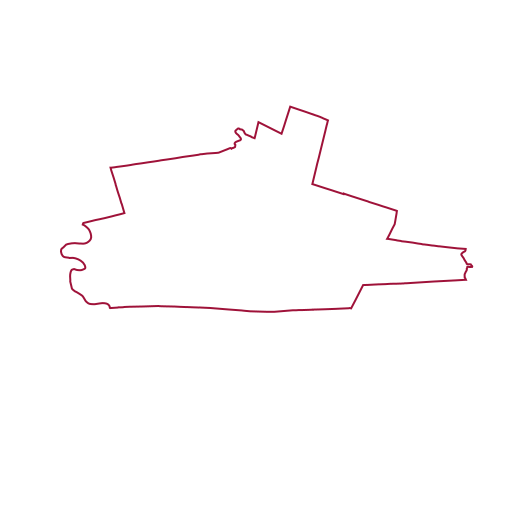 the district of Ciorani, Prahova, Romania, rotated 45°
{"feature_id": "2599482B52551165147319", "entity_name": "Ciorani", "entity_type": "district", "adm_level": 2, "iso_a3": "ROU", "parent_name": "Romania", "parent_adm1": "Prahova", "projection": "natural_earth1", "projection_center": [26.426, 44.821], "detail": "fine", "context": "isolated", "style": "outline", "palette": "rose", "viewbox_px": 512, "rotation_deg": 45, "n_neighbors": 0, "source": "geoboundaries", "source_scale": "gbopen_adm2", "svg_char_len": 6026}
<svg xmlns="http://www.w3.org/2000/svg" viewBox="0 0 512 512"><g transform="rotate(45 256 256)"><path d="M189.6,396.0L190.0,395.6L194.8,390.1L194.9,389.7L196.3,388.3L198.1,386.4L199.0,385.1L202.1,381.7L211.8,371.6L222.6,360.1L223.5,359.5L227.2,356.0L230.0,353.3L234.4,349.1L238.3,345.6L242.4,341.8L243.3,340.9L248.1,336.5L251.3,333.5L251.9,333.0L252.3,332.5L254.4,330.6L260.2,325.3L273.5,314.0L284.3,304.7L286.7,302.8L291.0,299.2L303.0,287.9L308.5,282.4L320.7,268.0L321.8,266.9L323.0,265.7L324.2,264.3L326.1,262.4L330.6,257.6L333.1,254.9L334.2,253.8L334.1,253.7L338.1,249.5L342.6,244.7L350.4,236.3L351.1,235.5L358.5,227.4L359.1,226.5L360.3,225.8L357.5,216.8L355.1,209.4L352.3,200.8L353.6,199.4L355.5,197.4L358.9,193.6L362.6,189.5L364.5,187.5L365.6,186.3L367.3,184.5L370.1,181.3L371.1,180.2L374.0,177.2L375.0,176.2L376.1,175.0L378.0,173.0L379.3,171.5L379.9,170.9L380.4,170.2L381.3,169.3L399.6,148.5L414.2,132.3L419.0,126.9L419.6,126.2L420.2,125.6L420.5,125.2L421.3,124.4L420.3,124.0L419.9,123.8L418.7,123.6L418.3,123.3L418.2,123.2L418.0,122.8L417.2,122.2L416.8,121.8L416.6,121.5L416.4,121.2L416.3,120.9L416.2,120.7L416.0,120.1L415.9,119.9L415.7,119.3L415.5,118.9L415.3,117.9L415.0,117.0L414.6,116.5L414.5,116.3L414.1,116.1L414.0,115.9L413.9,115.7L413.8,115.3L413.5,114.8L413.1,114.2L413.8,113.5L414.9,112.7L415.6,112.0L416.3,111.1L416.5,110.9L416.3,110.5L416.2,110.4L415.8,110.3L415.0,110.3L414.1,110.2L413.8,110.1L413.7,110.2L413.2,110.5L411.7,112.0L411.2,112.3L410.8,112.5L410.6,112.5L410.4,112.5L409.5,112.0L409.0,111.9L408.6,111.8L408.0,111.7L407.7,111.7L407.0,111.4L406.5,111.4L405.5,111.1L404.7,110.8L404.4,110.7L403.7,110.6L403.4,110.6L402.9,110.4L402.7,110.4L402.2,110.4L401.8,110.3L401.5,110.2L401.1,110.1L400.9,110.1L400.6,110.0L400.3,109.8L400.1,109.7L399.9,109.5L399.8,109.2L399.7,108.6L399.8,107.5L399.8,106.9L399.9,106.7L400.0,106.3L400.2,105.6L400.3,105.4L400.4,105.0L400.4,104.9L400.4,104.7L400.3,104.4L400.2,104.0L399.9,103.6L399.8,103.4L399.7,103.3L399.5,103.1L399.4,102.8L399.3,102.7L394.6,106.8L393.1,108.1L389.1,111.3L385.5,114.2L378.8,119.5L378.3,120.0L377.9,120.3L377.4,120.7L376.7,121.2L374.3,123.0L373.2,124.0L370.5,126.0L368.9,127.2L368.2,127.8L367.1,128.6L366.6,129.1L365.7,129.8L365.4,130.1L364.9,130.3L364.6,130.5L364.1,130.8L362.7,131.9L361.8,132.6L357.5,135.6L351.5,140.2L348.7,142.5L347.7,143.0L344.8,145.2L344.0,145.7L343.9,145.7L337.3,150.5L336.6,151.1L336.3,150.0L336.0,149.1L335.0,145.9L333.4,141.3L333.0,140.1L331.6,135.5L329.6,132.6L325.2,126.4L324.1,125.0L324.0,124.8L323.8,124.5L323.0,124.8L320.1,126.3L313.8,129.5L310.8,131.1L306.0,133.5L297.8,137.8L297.0,138.1L296.1,138.5L294.8,139.2L284.7,144.4L283.7,144.9L282.0,145.8L274.6,149.5L273.9,149.8L274.2,150.3L265.8,154.6L263.6,155.7L256.5,159.4L247.1,164.2L245.0,165.3L236.1,150.8L234.1,147.6L230.9,142.1L228.4,138.0L219.6,123.5L216.7,118.7L215.2,116.3L213.5,113.5L212.9,112.4L211.6,110.3L211.0,109.2L208.2,110.3L206.6,111.0L204.5,111.7L204.2,111.9L203.2,112.2L202.8,112.4L200.2,113.6L198.7,114.4L188.1,119.5L182.7,122.2L174.6,126.2L176.0,128.9L177.5,131.8L181.0,138.6L183.1,142.6L184.2,144.7L187.6,151.5L181.3,153.6L163.1,159.6L171.4,173.1L171.7,173.7L168.9,175.0L168.7,175.1L168.2,175.1L167.5,175.2L167.3,175.3L166.9,175.6L164.8,176.4L163.8,176.8L163.0,177.2L162.8,177.3L162.6,177.3L162.3,177.3L162.0,177.2L160.6,177.0L159.2,176.3L158.7,176.3L157.6,176.4L157.0,176.4L156.7,176.6L156.3,176.8L156.0,177.0L155.7,177.3L155.3,177.6L155.0,177.8L154.7,177.8L154.3,177.7L153.2,178.4L153.0,179.9L152.9,181.6L153.0,182.2L153.1,182.4L153.5,182.6L153.8,182.9L154.8,183.2L156.3,183.2L157.8,183.0L159.0,183.1L160.0,183.3L161.4,183.4L162.3,183.7L162.8,184.1L163.0,184.7L163.0,185.3L162.6,186.1L161.8,187.9L161.2,189.3L161.0,190.5L161.2,191.4L161.7,191.9L162.8,192.0L163.2,192.5L164.0,193.6L164.1,193.9L164.0,194.3L163.7,195.0L163.6,195.5L163.1,196.2L163.0,196.4L162.9,196.9L162.8,197.5L162.5,197.5L162.0,197.5L161.7,197.7L161.5,197.9L161.2,198.4L161.0,198.8L160.9,199.2L156.5,209.4L155.3,210.9L151.8,214.9L148.9,218.2L147.6,219.9L146.4,221.4L145.9,222.1L144.8,223.3L144.4,223.9L143.8,225.0L140.4,229.6L135.6,235.9L134.1,237.9L129.9,243.9L124.6,251.0L122.3,254.0L121.1,255.6L119.9,257.4L116.9,261.5L113.5,266.0L109.4,271.6L106.0,276.0L103.8,279.1L103.3,279.9L100.9,283.2L97.4,287.8L94.6,291.4L93.4,293.1L92.3,294.5L91.1,296.0L90.7,296.4L93.1,297.8L100.2,301.4L105.8,304.4L106.6,305.0L107.5,305.4L111.5,307.6L114.0,308.9L118.6,311.2L123.5,313.9L124.4,314.2L129.3,316.9L132.6,318.7L130.5,322.4L127.7,327.0L126.1,329.8L124.7,332.1L124.1,333.1L122.1,336.4L120.6,338.7L119.6,340.3L117.2,343.9L116.1,345.7L115.4,346.9L112.8,351.2L110.7,354.6L110.6,354.9L110.6,355.0L110.8,355.4L111.3,356.3L112.6,355.8L114.3,355.5L116.9,355.3L119.1,355.4L121.2,356.1L123.2,357.0L125.0,358.2L126.3,359.4L127.2,361.0L127.5,362.7L127.4,364.5L127.0,366.4L126.2,368.0L125.1,369.5L123.5,370.9L122.4,372.0L118.8,375.0L116.7,377.4L114.6,380.4L113.7,382.2L113.7,385.1L113.7,386.1L113.6,386.9L113.5,387.5L113.5,388.3L113.6,389.0L114.0,389.6L114.5,390.2L115.0,390.8L117.0,392.0L117.6,392.2L118.4,392.4L119.3,392.6L119.7,392.6L120.4,392.5L120.9,392.4L121.5,392.1L122.1,391.7L123.3,390.8L123.8,390.4L124.7,389.7L125.5,389.3L125.8,389.0L126.2,388.5L126.8,387.9L127.3,387.3L128.2,386.5L129.7,385.5L130.4,385.1L132.8,384.0L135.3,383.3L138.4,383.0L141.4,383.6L142.9,384.4L143.7,385.1L143.9,385.7L143.8,386.4L143.2,388.0L142.9,388.7L142.4,389.6L141.8,390.3L141.2,390.9L140.5,391.5L139.8,392.1L139.1,392.6L138.0,393.2L137.0,393.6L136.4,394.2L135.8,395.3L135.5,396.1L135.6,396.6L135.8,397.3L136.4,398.6L136.9,399.3L137.4,400.1L138.0,400.8L138.9,401.8L141.8,404.4L142.7,405.4L144.0,406.2L146.3,407.6L148.7,409.1L149.3,409.3L150.4,409.3L153.0,409.0L154.6,408.4L157.9,407.6L159.9,407.2L161.0,407.0L162.0,407.0L163.1,407.2L165.1,407.7L166.6,408.1L167.5,408.3L168.7,408.3L170.6,408.1L172.0,407.6L173.5,406.5L175.3,404.9L176.0,404.2L179.0,400.1L180.7,397.9L182.4,396.4L183.9,395.4L185.1,394.9L186.7,394.8L188.0,395.1L189.3,396.0L189.6,396.0Z" fill="none" stroke="#9f1239" stroke-width="2"/></g></svg>